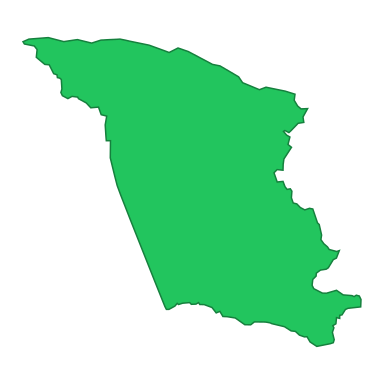 outline of Isabela, Puerto Rico
{"feature_id": "32010507B24410852555408", "entity_name": "Isabela", "entity_type": "district", "adm_level": 2, "iso_a3": "PRI", "parent_name": "Puerto Rico", "parent_adm1": "", "projection": "natural_earth1", "projection_center": [-66.998, 18.445], "detail": "fine", "context": "isolated", "style": "filled", "palette": "green", "viewbox_px": 384, "rotation_deg": 0, "n_neighbors": 0, "source": "geoboundaries", "source_scale": "gbopen_adm2", "svg_char_len": 2294}
<svg xmlns="http://www.w3.org/2000/svg" viewBox="0 0 384 384"><path d="M360.7,306.9L361.0,299.5L359.3,296.0L356.3,295.2L354.1,296.6L352.0,295.6L343.2,294.9L336.5,290.3L326.5,293.2L322.4,293.1L313.8,288.7L312.1,285.3L312.8,279.4L316.1,276.1L316.3,273.2L320.4,270.1L326.2,269.2L328.3,267.8L333.3,259.6L336.4,258.1L339.3,250.6L336.7,251.5L329.2,249.5L327.5,246.9L323.8,243.7L320.9,239.6L321.6,235.1L319.2,224.5L317.5,222.9L312.8,209.0L309.5,208.3L304.8,209.9L300.3,207.5L296.8,203.9L293.2,203.0L291.4,197.8L291.9,191.2L290.3,188.8L287.1,189.4L285.0,186.7L283.0,181.4L277.2,182.0L274.0,172.8L277.1,169.6L283.0,170.2L283.2,163.7L283.3,163.6L283.9,159.0L291.5,147.3L288.0,144.5L289.9,137.0L286.6,135.1L283.5,131.4L284.9,130.5L288.9,132.6L291.0,130.7L298.1,123.3L303.8,122.4L303.0,117.0L307.6,108.6L301.1,108.9L297.7,106.1L294.2,100.3L295.0,94.2L285.1,91.1L279.6,90.0L266.0,87.2L264.7,87.7L259.4,89.7L248.9,85.3L242.6,82.7L238.6,76.8L220.0,65.9L212.5,64.4L188.2,51.5L186.4,50.9L182.9,49.7L182.4,49.5L178.0,48.0L171.7,51.2L170.9,51.6L169.1,52.5L164.9,50.9L149.5,45.3L148.8,45.1L144.9,44.3L129.8,41.2L125.5,40.2L120.0,39.1L117.0,39.3L114.9,39.4L108.0,39.7L103.4,40.0L101.0,40.1L96.9,41.4L93.5,42.5L91.7,43.1L79.8,40.2L77.5,39.6L74.6,40.0L67.2,41.1L63.8,41.6L59.8,40.6L48.3,37.6L28.9,39.1L23.0,41.7L24.4,44.0L34.3,46.0L37.1,49.6L36.3,57.3L44.8,64.4L49.2,64.8L53.7,73.7L57.0,74.8L57.4,77.6L59.7,78.1L61.3,79.5L61.9,89.0L60.9,92.5L62.4,95.7L67.9,98.6L72.0,96.4L77.7,97.1L78.5,98.7L86.2,102.9L90.8,107.8L98.5,107.1L100.8,113.6L101.2,114.7L106.7,116.1L105.2,124.9L106.0,137.1L106.3,140.7L110.5,140.7L110.3,157.9L114.8,176.3L117.2,185.6L120.6,194.8L130.8,220.9L155.1,282.1L164.9,306.5L166.4,309.4L168.9,309.4L174.9,306.1L177.2,303.4L178.5,304.5L182.7,303.2L189.7,302.6L191.3,304.3L196.0,304.1L198.5,302.6L199.8,304.5L204.2,304.6L212.0,307.5L216.2,312.9L219.9,311.4L222.9,316.5L227.3,316.7L235.3,318.0L244.8,324.7L250.7,324.8L254.4,321.9L263.9,322.0L266.0,322.1L270.3,322.9L271.6,323.6L284.5,326.7L291.1,330.9L295.4,331.4L299.4,335.1L304.4,336.9L307.0,336.7L310.1,342.0L316.8,346.4L330.3,343.7L333.3,342.7L334.2,339.7L332.4,332.3L333.9,327.8L332.8,325.7L335.9,323.8L336.5,317.6L339.7,318.4L339.7,315.3L342.0,314.9L345.4,309.5L348.0,308.3L360.7,306.9Z" fill="#22c55e" stroke="#15803d" stroke-width="1.5"/></svg>